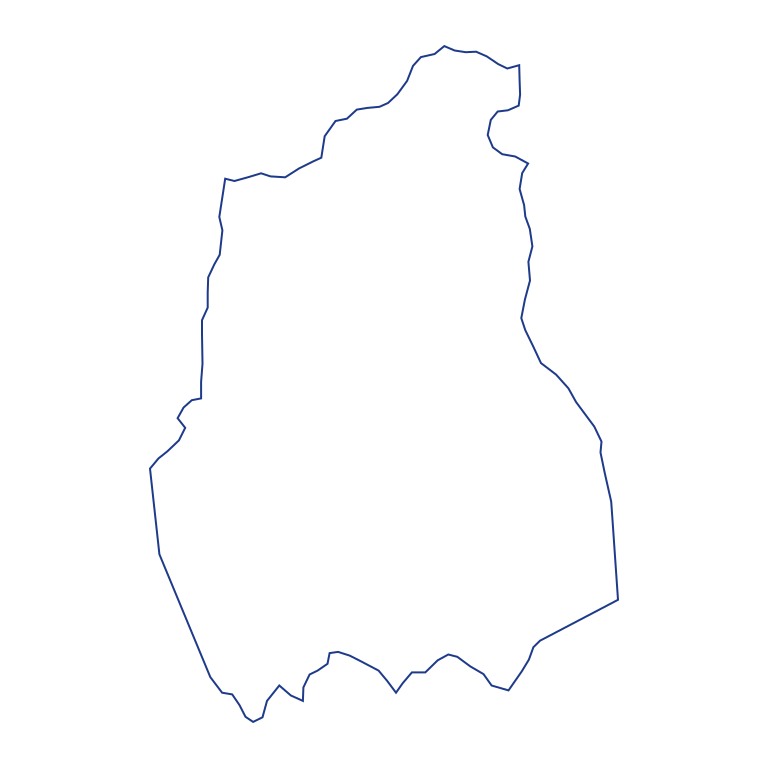 the district of Solânea, Paraíba, Brazil
{"feature_id": "56859067B20295447972760", "entity_name": "Solânea", "entity_type": "district", "adm_level": 2, "iso_a3": "BRA", "parent_name": "Brazil", "parent_adm1": "Paraíba", "projection": "equal_earth", "projection_center": [-35.722, -6.744], "detail": "fine", "context": "isolated", "style": "outline", "palette": "blue", "viewbox_px": 768, "rotation_deg": 0, "n_neighbors": 0, "source": "geoboundaries", "source_scale": "gbopen_adm2", "svg_char_len": 1564}
<svg xmlns="http://www.w3.org/2000/svg" viewBox="0 0 768 768"><path d="M470.3,666.4L483.5,674.1L491.6,685.5L508.5,690.4L521.8,671.3L528.9,659.6L533.4,647.2L540.0,640.7L618.0,599.8L612.5,520.0L611.2,501.6L604.7,472.8L600.5,452.5L601.5,441.6L594.3,426.6L576.1,402.1L568.4,388.3L556.1,374.6L541.0,363.1L532.9,345.8L525.3,330.2L521.3,318.1L524.9,299.6L530.0,280.5L528.4,261.8L532.4,246.4L529.8,228.9L525.3,216.5L524.1,205.1L519.6,189.0L522.2,173.1L528.1,163.5L515.2,156.5L502.2,154.2L492.9,147.4L487.7,135.0L490.8,119.9L497.7,111.5L507.9,110.3L518.7,105.6L520.1,94.6L519.6,80.4L519.2,65.2L507.3,68.5L498.2,64.1L486.8,56.4L476.1,51.7L465.8,52.2L454.6,50.5L444.3,46.1L434.6,54.0L420.9,57.1L413.0,65.9L407.1,80.9L397.4,94.2L388.0,103.0L379.5,106.8L367.5,107.9L356.8,109.6L346.9,118.7L335.5,121.0L324.7,136.2L321.3,157.7L313.6,161.2L299.1,168.4L285.2,177.3L270.5,176.4L261.1,173.3L247.8,177.3L234.4,181.0L225.2,178.7L219.3,217.0L222.4,230.3L219.7,254.8L214.3,264.4L208.2,277.4L207.7,292.4L207.7,307.6L202.0,320.2L202.0,333.9L202.5,363.8L201.1,381.8L201.1,398.4L191.8,400.2L183.6,407.5L177.6,418.2L185.2,427.8L178.9,440.4L167.3,451.4L158.5,458.4L150.0,468.6L159.4,554.3L210.3,677.1L222.1,692.7L232.2,694.4L239.5,705.1L245.5,716.8L253.1,721.9L262.5,717.3L267.0,700.9L279.3,685.5L290.9,695.5L302.9,700.9L303.4,687.4L309.6,674.5L317.6,670.6L327.5,663.8L329.6,653.1L338.1,651.9L349.7,655.6L361.3,661.5L378.6,670.6L387.1,680.8L396.0,692.7L402.7,683.2L411.9,672.4L425.3,672.4L437.7,660.3L448.3,654.5L457.3,656.8L470.3,666.4Z" fill="none" stroke="#1e3a8a" stroke-width="2"/></svg>